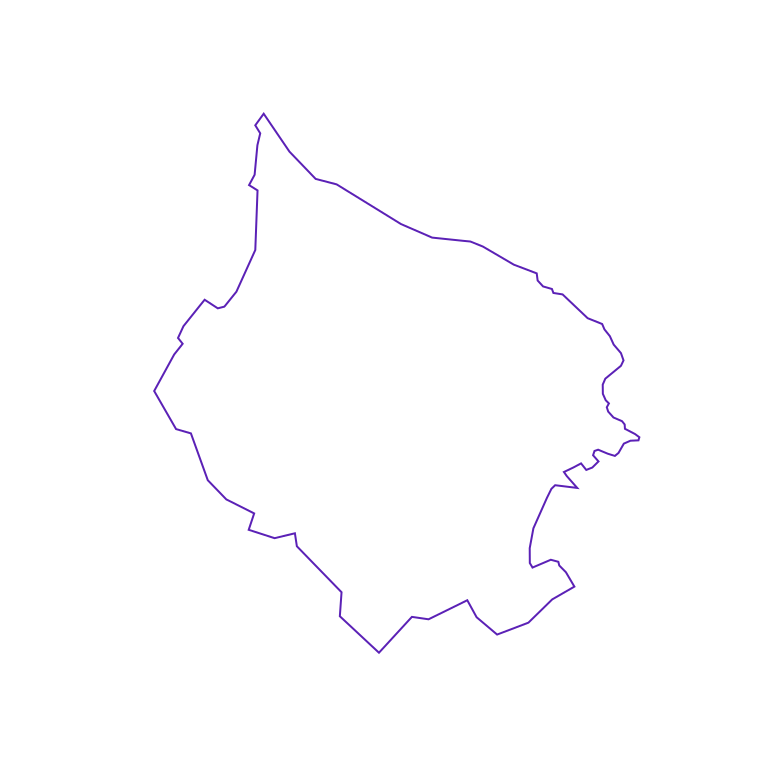 the district of Kotayk, Kotayk, Armenia, rotated 226°
{"feature_id": "60910142B27902732275271", "entity_name": "Kotayk", "entity_type": "district", "adm_level": 2, "iso_a3": "ARM", "parent_name": "Armenia", "parent_adm1": "Kotayk", "projection": "natural_earth1", "projection_center": [44.724, 40.239], "detail": "fine", "context": "isolated", "style": "outline", "palette": "violet", "viewbox_px": 768, "rotation_deg": 226, "n_neighbors": 0, "source": "geoboundaries", "source_scale": "gbopen_adm2", "svg_char_len": 1474}
<svg xmlns="http://www.w3.org/2000/svg" viewBox="0 0 768 768"><g transform="rotate(226 384 384)"><path d="M194.2,193.7L197.1,242.3L183.8,252.6L170.6,293.7L151.9,288.6L125.2,291.3L112.0,322.1L112.2,355.4L106.0,380.2L122.2,384.1L131.7,384.0L135.0,385.9L141.7,381.9L148.8,363.3L149.9,363.6L153.9,364.5L164.7,374.8L176.4,391.2L188.9,422.1L192.3,431.6L192.3,436.8L175.0,450.8L190.7,451.5L195.7,452.3L192.4,462.2L190.0,470.6L181.7,469.8L179.2,475.8L179.3,484.5L187.5,484.9L189.6,488.9L188.0,492.4L178.5,496.5L171.9,500.1L171.5,504.8L174.5,515.1L172.0,521.9L166.7,527.9L168.3,530.7L173.7,529.8L184.4,526.2L187.7,529.0L191.9,529.4L200.5,525.8L208.4,526.1L212.5,528.1L213.8,532.3L218.3,532.2L224.9,534.6L231.6,540.9L234.1,546.9L232.5,567.1L234.6,572.7L241.6,575.9L252.8,576.6L261.5,579.7L270.1,580.5L275.6,582.6L289.9,576.2L324.4,574.7L331.8,569.1L335.7,570.8L343.7,566.2L351.7,566.4L357.5,570.7L379.6,560.3L414.2,550.6L426.5,545.1L432.0,540.4L455.9,520.3L478.6,510.9L487.3,507.3L560.5,488.6L579.0,477.3L616.8,477.4L662.0,485.2L659.5,471.1L650.3,469.1L643.7,458.8L624.4,436.3L620.8,425.1L611.1,427.5L569.8,384.5L552.9,341.9L552.4,337.7L550.7,324.4L550.6,323.2L550.6,322.8L553.9,317.0L569.2,313.5L568.3,306.2L564.9,279.9L560.2,267.8L552.8,267.1L551.0,253.6L543.9,230.8L538.6,213.8L496.0,203.1L482.6,210.8L437.2,190.4L410.5,190.4L381.1,200.7L373.1,185.4L349.1,198.2L338.5,216.2L327.8,208.6L263.7,208.8L247.6,190.9L194.2,193.7Z" fill="none" stroke="#5b21b6" stroke-width="2"/></g></svg>